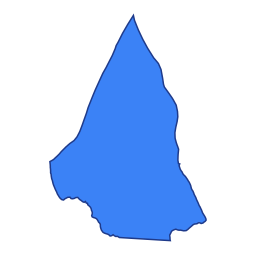 outline of Barcarena, Pará, Brazil
{"feature_id": "56859067B39464629703373", "entity_name": "Barcarena", "entity_type": "district", "adm_level": 2, "iso_a3": "BRA", "parent_name": "Brazil", "parent_adm1": "Pará", "projection": "robinson", "projection_center": [-48.636, -1.446], "detail": "fine", "context": "isolated", "style": "filled", "palette": "blue", "viewbox_px": 256, "rotation_deg": 0, "n_neighbors": 0, "source": "geoboundaries", "source_scale": "gbopen_adm2", "svg_char_len": 2367}
<svg xmlns="http://www.w3.org/2000/svg" viewBox="0 0 256 256"><path d="M170.3,240.6L170.0,239.3L170.0,237.9L169.8,236.3L169.7,235.0L170.4,233.8L171.6,231.2L173.3,230.1L174.5,229.6L175.9,229.2L177.5,229.9L179.1,230.2L180.3,230.1L183.7,230.8L185.1,230.7L186.2,230.6L187.9,229.4L188.8,228.5L193.3,224.6L194.6,224.0L195.9,223.9L197.3,223.6L198.4,222.8L199.8,222.8L201.1,223.5L203.0,223.0L204.0,222.1L205.2,221.3L206.1,220.1L205.8,218.5L204.9,216.6L202.6,212.9L201.5,210.0L200.8,208.6L200.1,207.0L199.2,205.6L198.2,203.1L196.5,199.5L195.8,197.5L194.2,194.5L193.6,192.7L192.8,190.9L192.0,189.8L191.4,188.5L190.6,185.3L189.8,183.5L189.1,182.1L188.1,180.7L187.5,179.5L186.7,178.4L185.5,176.6L183.3,174.4L182.6,173.2L182.1,172.0L181.0,170.6L180.2,169.1L179.1,165.7L179.7,163.9L178.5,163.7L177.9,160.3L178.0,156.7L178.1,154.4L178.6,149.3L177.7,146.6L176.9,144.5L176.2,142.4L175.1,138.2L174.9,132.7L175.8,127.2L177.1,121.6L177.8,116.8L177.5,111.5L176.2,105.2L173.2,99.7L172.1,97.9L168.1,92.2L164.4,87.1L163.5,84.3L162.6,78.2L161.0,69.5L158.4,63.5L155.5,60.0L153.7,57.9L147.6,48.2L145.0,43.4L142.8,39.4L138.3,29.9L134.5,20.4L133.4,15.4L127.8,24.3L122.7,33.1L117.9,42.6L116.2,45.5L115.2,48.7L112.3,55.5L107.2,65.4L106.2,67.4L102.9,73.2L99.6,80.4L95.2,90.1L92.4,96.9L88.6,106.4L88.1,107.7L86.4,113.3L84.0,120.0L82.4,124.6L80.0,131.0L79.1,132.9L77.0,136.9L74.0,140.6L70.0,143.4L66.3,146.6L61.3,151.6L60.3,152.8L59.5,153.8L57.4,155.9L54.9,158.2L53.7,159.4L52.1,160.4L49.9,161.6L50.2,164.5L50.3,166.0L50.3,167.4L50.5,169.0L50.6,170.9L50.6,172.9L51.1,174.3L51.3,176.4L51.7,178.7L52.3,180.3L53.1,183.7L53.6,185.2L55.1,188.8L55.6,190.0L56.6,191.9L57.4,194.0L59.5,197.4L60.5,198.6L61.9,199.7L63.6,200.0L64.9,198.8L66.1,198.2L67.8,197.3L70.0,197.2L71.0,198.5L72.2,198.8L73.5,198.6L74.6,198.3L75.6,197.6L77.8,197.4L78.7,198.5L79.8,199.6L81.2,200.5L82.6,201.7L84.2,202.3L85.4,201.5L86.3,203.1L87.5,203.3L87.7,204.7L89.1,205.9L90.4,207.2L91.2,208.8L91.4,210.1L92.0,211.4L92.3,212.7L92.2,214.1L91.7,215.5L92.1,216.8L93.4,217.5L94.8,217.9L96.0,218.4L97.0,219.3L97.9,220.7L98.5,222.0L99.7,223.2L100.3,224.3L100.4,226.8L100.8,228.3L101.4,230.1L103.0,232.3L104.4,233.1L106.4,233.8L107.6,234.1L108.9,234.8L110.1,236.0L111.7,235.7L113.1,234.7L114.4,235.8L115.9,236.5L117.1,236.3L118.2,236.7L119.3,237.5L153.6,239.6L156.8,239.8L170.3,240.6Z" fill="#3b82f6" stroke="#1e3a8a" stroke-width="1.5"/></svg>